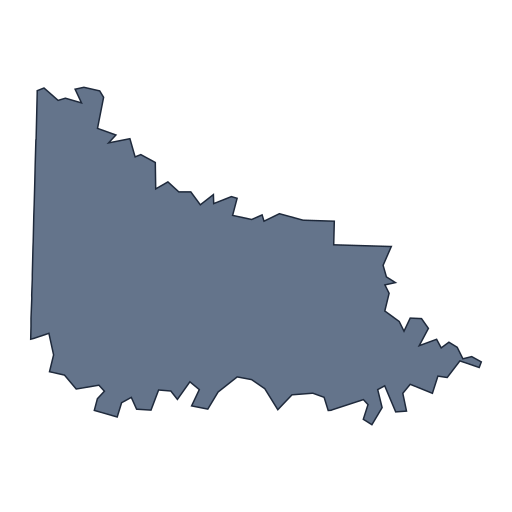 the district of Little River, Arkansas, United States of America
{"feature_id": "52423323B59609067329323", "entity_name": "Little River", "entity_type": "district", "adm_level": 2, "iso_a3": "USA", "parent_name": "United States of America", "parent_adm1": "Arkansas", "projection": "orthographic", "projection_center": [-94.204, 33.739], "detail": "fine", "context": "isolated", "style": "filled", "palette": "slate", "viewbox_px": 512, "rotation_deg": 0, "n_neighbors": 0, "source": "geoboundaries", "source_scale": "gbopen_adm2", "svg_char_len": 1574}
<svg xmlns="http://www.w3.org/2000/svg" viewBox="0 0 512 512"><path d="M332.8,409.6L363.4,399.6L368.0,404.6L363.3,419.3L371.9,424.7L382.1,407.6L377.7,389.6L384.7,385.8L395.7,411.9L406.5,411.1L402.8,393.3L410.2,384.3L432.4,393.3L437.9,376.1L447.2,377.5L459.9,360.9L479.2,367.5L481.3,361.9L471.7,356.6L462.9,358.8L457.2,347.3L448.9,342.2L441.2,347.9L436.6,339.3L419.2,345.7L428.4,328.4L421.5,318.6L410.2,318.1L404.0,331.2L399.2,321.5L384.8,311.0L389.1,293.3L384.9,284.9L395.4,282.6L386.4,276.9L383.1,265.3L391.3,246.5L390.2,246.5L333.7,244.8L334.3,221.2L303.1,220.2L279.4,213.7L264.0,221.2L262.1,214.9L251.7,219.5L232.6,215.4L237.1,198.3L231.4,196.6L213.7,203.6L213.4,194.6L200.3,204.8L190.8,191.9L178.8,191.9L167.9,181.9L155.7,188.9L155.3,162.5L140.8,154.6L135.1,156.9L129.9,138.7L108.6,142.9L115.9,135.0L97.5,128.4L103.6,97.3L99.7,90.9L83.9,87.3L75.1,89.2L81.5,102.9L65.4,98.2L58.1,100.4L44.0,88.0L37.2,90.7L37.2,93.3L36.1,139.5L35.9,139.7L35.2,164.2L34.8,181.5L34.2,203.9L34.2,204.1L34.0,209.8L33.8,215.3L33.2,242.1L33.1,244.3L33.0,246.6L33.0,246.8L32.3,274.5L32.3,279.0L31.7,295.1L31.8,298.2L31.0,318.3L31.0,326.5L30.7,339.2L33.8,338.4L48.9,333.3L53.6,354.9L49.5,371.7L64.5,375.1L76.2,389.0L98.9,385.2L104.4,391.2L97.4,398.7L94.3,410.4L117.2,417.0L121.6,402.7L131.3,397.4L136.6,409.2L151.0,410.1L158.6,390.0L170.8,391.0L177.4,399.4L189.9,381.8L199.3,389.6L191.6,405.9L207.8,409.1L218.1,392.0L237.2,376.9L251.6,379.6L264.8,388.7L277.8,409.7L292.0,394.8L312.8,393.2L324.1,397.3L328.2,410.5L331.0,410.3L332.8,409.6Z" fill="#64748b" stroke="#1e293b" stroke-width="1.5"/></svg>